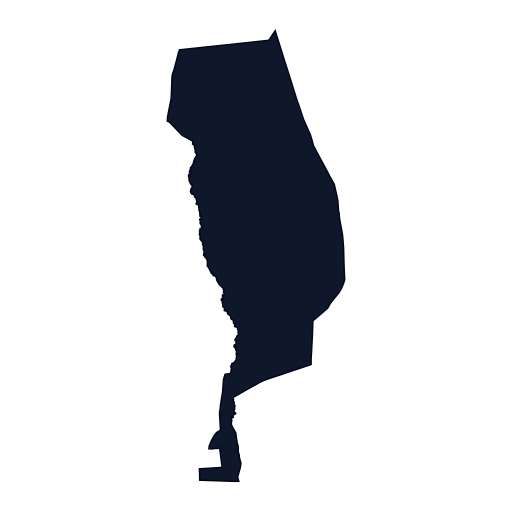 outline of Su'xbaatar, Ulaanbaatar, Mongolia
{"feature_id": "93677404B10423406698460", "entity_name": "Su'xbaatar", "entity_type": "district", "adm_level": 2, "iso_a3": "MNG", "parent_name": "Mongolia", "parent_adm1": "Ulaanbaatar", "projection": "orthographic", "projection_center": [106.924, 48.052], "detail": "fine", "context": "isolated", "style": "filled", "palette": "ink", "viewbox_px": 512, "rotation_deg": 0, "n_neighbors": 0, "source": "geoboundaries", "source_scale": "gbopen_adm2", "svg_char_len": 4820}
<svg xmlns="http://www.w3.org/2000/svg" viewBox="0 0 512 512"><path d="M179.5,49.8L178.6,52.6L178.2,53.7L176.7,59.7L174.9,66.4L174.3,68.7L173.3,71.8L172.1,75.6L171.9,79.8L171.5,90.8L171.2,97.5L171.1,99.0L168.4,112.5L167.5,117.1L167.4,120.9L167.3,121.2L169.4,122.1L170.5,123.2L173.7,126.5L178.8,131.9L180.7,133.9L182.1,135.4L183.4,136.0L185.8,137.3L192.0,140.7L192.5,141.1L192.8,143.2L192.6,144.2L194.1,144.9L194.6,147.6L195.1,149.6L195.2,150.8L195.2,152.3L195.7,153.0L196.3,153.5L196.7,153.9L196.5,155.7L195.7,157.1L194.7,158.5L193.8,161.2L193.3,163.3L193.0,164.1L191.4,166.9L190.9,167.2L190.4,168.0L190.6,169.0L190.3,169.5L189.9,170.3L189.5,171.4L189.5,172.3L190.8,173.2L190.4,173.7L189.6,174.2L188.8,174.4L188.5,175.6L188.5,176.0L189.0,178.0L189.2,180.8L189.8,181.9L190.5,183.7L191.7,185.1L192.5,186.1L192.0,187.3L190.9,189.4L190.8,190.6L190.4,191.4L191.1,193.0L191.3,193.6L191.5,193.8L194.0,194.7L194.3,195.4L194.6,196.3L194.6,196.8L194.8,197.1L196.0,197.8L196.2,198.0L196.3,199.6L196.7,200.7L196.8,202.2L196.1,203.9L196.6,204.2L198.2,205.0L198.8,206.0L198.7,207.3L198.7,207.6L199.1,208.3L199.1,208.8L198.9,210.3L199.7,211.3L199.8,213.7L200.0,216.3L200.9,216.4L201.3,216.2L201.4,217.2L200.8,218.3L199.7,219.3L199.8,220.2L200.5,221.0L200.5,221.6L200.0,222.7L200.7,224.5L201.6,224.9L201.4,226.4L202.1,227.6L202.1,228.4L201.6,228.5L200.6,228.4L200.3,228.6L199.9,229.0L200.0,229.7L200.1,230.4L199.5,231.0L199.6,231.4L199.7,232.3L199.8,233.4L199.6,233.6L199.3,234.2L199.8,235.3L200.3,236.9L200.4,237.3L199.9,237.9L200.1,239.1L200.9,240.2L202.4,241.8L202.6,242.9L202.6,244.4L203.1,245.5L203.5,246.7L203.3,248.7L203.3,249.5L204.1,250.9L204.0,251.4L204.1,252.8L203.5,255.0L204.3,256.0L205.2,255.7L205.5,256.1L205.0,257.2L206.1,257.9L206.5,259.0L207.1,259.7L207.5,262.7L207.3,264.0L207.4,266.2L208.6,267.6L210.3,271.0L211.5,273.5L212.8,273.6L212.9,274.7L213.4,275.7L214.6,275.8L215.2,276.2L215.9,276.4L217.0,280.8L219.3,284.6L220.5,285.7L223.4,288.5L223.4,289.5L223.7,290.1L223.6,291.2L223.5,291.8L223.4,292.2L224.0,293.4L224.1,294.7L223.6,295.3L223.3,295.2L222.6,294.9L222.3,295.9L222.9,297.2L223.4,298.0L223.2,298.5L221.6,298.6L221.3,300.3L222.1,301.0L222.4,301.9L222.3,303.0L222.8,304.5L222.8,306.4L223.0,307.0L223.8,307.5L224.7,308.2L224.3,309.4L224.4,310.7L225.7,310.9L226.8,311.4L227.4,312.0L227.5,313.6L228.2,314.3L230.7,316.1L230.7,317.7L231.2,319.1L231.7,319.4L233.5,320.3L233.3,322.1L233.7,323.3L234.5,323.9L234.8,325.5L234.6,326.5L235.4,326.8L235.6,326.9L236.6,327.1L237.3,327.4L237.7,329.4L238.4,331.1L238.1,332.1L238.1,332.5L238.3,335.2L237.3,335.8L236.8,336.1L236.6,337.9L235.6,338.5L234.9,339.9L235.2,340.7L236.2,341.7L236.2,342.9L235.7,344.2L234.1,345.2L234.0,346.8L235.4,348.3L235.8,348.9L235.8,349.7L236.0,350.6L236.8,351.6L236.1,354.1L236.7,355.2L236.0,360.4L234.9,361.3L234.8,361.6L234.1,363.3L233.1,362.9L231.9,363.5L230.8,366.6L231.3,367.5L231.4,369.4L231.0,370.1L231.0,372.0L230.3,373.3L228.9,373.9L227.3,374.0L225.6,374.2L225.1,374.3L224.4,376.6L223.5,379.4L222.6,391.9L221.7,397.3L220.4,405.8L220.3,407.5L219.5,413.2L220.0,421.6L220.4,428.2L220.3,430.4L216.6,432.5L214.2,435.5L213.6,436.6L212.8,438.1L211.2,441.2L209.2,445.9L209.1,446.8L208.9,448.8L212.1,448.9L214.7,448.5L216.7,448.4L219.7,448.3L220.0,450.8L221.4,461.7L222.2,467.3L217.7,467.7L203.1,468.6L199.4,468.8L199.6,473.6L199.7,480.2L218.5,480.8L220.3,480.9L224.4,481.0L232.4,481.3L238.8,481.3L237.6,476.9L240.1,468.4L240.6,465.7L240.9,463.5L240.9,462.8L239.5,458.2L239.2,455.3L239.2,454.8L238.2,451.8L238.3,447.0L237.9,445.5L237.1,442.3L236.0,435.0L235.9,433.2L233.6,429.1L232.3,426.7L231.7,425.4L231.3,424.2L231.5,422.1L231.8,420.4L231.2,418.4L230.8,417.8L231.6,417.1L232.6,417.8L233.2,417.4L233.1,415.6L233.7,414.7L235.6,413.8L235.6,413.1L234.4,412.1L234.0,411.3L233.9,411.1L234.3,409.8L234.7,409.0L234.5,407.3L235.1,405.9L234.2,405.0L234.2,404.1L234.2,402.2L233.3,401.1L233.6,399.6L233.2,398.2L232.8,397.9L233.4,397.3L239.5,393.8L245.4,390.4L258.9,382.9L261.9,381.3L263.7,380.5L269.0,378.6L282.7,374.1L287.2,372.5L299.5,368.4L310.9,364.6L311.1,364.5L311.1,359.2L311.6,350.8L311.8,346.7L312.4,335.7L312.5,332.1L312.9,320.8L320.3,314.5L327.6,308.2L330.3,303.4L335.3,297.1L339.2,292.4L339.9,291.0L341.2,289.0L343.3,284.0L344.7,280.1L344.5,276.0L344.0,264.0L343.7,252.4L343.5,246.5L342.9,238.8L342.4,234.1L341.4,228.6L339.9,220.6L339.4,217.5L339.2,213.5L338.6,211.3L338.5,210.7L337.9,201.5L337.8,200.2L336.5,194.3L334.4,184.9L334.4,184.5L329.9,176.5L326.1,169.2L320.3,158.5L315.9,150.3L314.4,147.3L313.5,145.8L312.2,140.8L310.4,134.9L308.1,129.7L305.5,123.9L303.6,119.6L302.7,117.0L300.7,110.8L299.1,106.0L296.7,99.3L295.3,94.7L294.1,90.9L293.3,88.2L290.9,80.8L288.9,74.4L287.6,70.2L284.8,61.5L282.3,53.4L279.5,44.5L276.9,36.3L275.2,30.7L272.3,35.0L268.8,40.3L212.7,46.3L179.5,49.8Z" fill="#0f172a" stroke="#020617" stroke-width="1.5"/></svg>